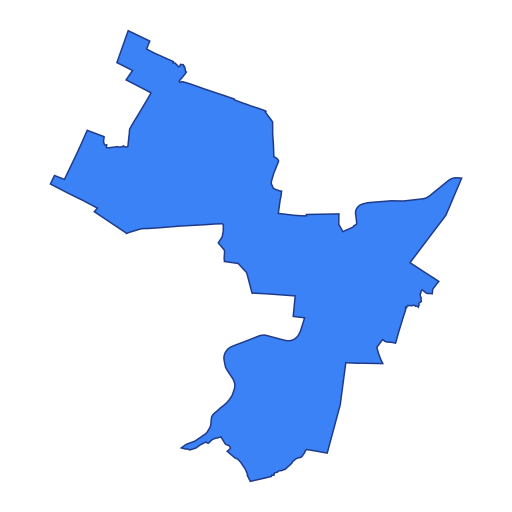 Cogealac, Constanta, Romania
{"feature_id": "2599482B50203536689618", "entity_name": "Cogealac", "entity_type": "district", "adm_level": 2, "iso_a3": "ROU", "parent_name": "Romania", "parent_adm1": "Constanta", "projection": "natural_earth1", "projection_center": [28.518, 44.563], "detail": "fine", "context": "isolated", "style": "filled", "palette": "blue", "viewbox_px": 512, "rotation_deg": 0, "n_neighbors": 0, "source": "geoboundaries", "source_scale": "gbopen_adm2", "svg_char_len": 5930}
<svg xmlns="http://www.w3.org/2000/svg" viewBox="0 0 512 512"><path d="M453.9,196.3L459.3,183.7L461.6,178.1L457.5,177.8L456.4,177.8L455.5,177.8L454.7,177.9L452.9,178.2L451.9,178.6L450.5,179.2L449.3,179.9L447.2,181.5L428.9,196.4L427.9,197.0L426.7,197.6L425.7,198.1L424.3,198.5L422.0,198.9L404.5,200.9L402.8,201.0L391.1,200.8L370.1,202.5L368.2,202.7L366.7,203.0L364.3,203.5L362.4,204.1L361.1,204.6L360.2,205.0L359.3,205.6L358.5,206.3L357.9,206.9L357.1,207.9L356.4,209.0L356.1,209.8L355.7,210.7L355.6,211.7L355.5,213.1L356.1,218.0L356.6,221.9L356.6,222.9L356.4,224.6L356.0,224.8L353.8,225.7L353.7,225.8L353.3,227.0L342.8,231.6L338.8,224.3L338.9,213.9L306.4,214.5L306.4,215.8L305.9,215.9L299.9,215.7L294.2,215.3L278.3,213.4L280.3,198.9L280.6,198.2L280.8,197.1L281.6,191.1L280.0,191.0L279.6,190.9L274.7,189.1L273.9,188.6L273.4,188.1L272.9,187.3L271.3,183.7L271.3,183.1L271.3,182.2L271.4,181.5L273.8,173.2L278.3,162.0L278.5,161.1L278.5,160.5L277.6,159.2L276.0,157.8L275.0,157.2L273.9,157.0L273.3,142.0L273.2,141.6L272.7,133.7L272.6,121.9L270.2,118.5L267.6,115.2L265.4,112.1L265.2,111.6L265.9,111.2L265.6,110.9L260.3,109.0L250.6,105.8L246.3,104.2L242.5,102.9L236.6,100.7L235.3,100.2L234.2,99.6L234.0,99.2L234.0,98.8L233.9,98.7L233.1,98.6L230.2,97.6L207.6,90.0L203.4,88.6L191.0,84.2L187.9,83.2L183.1,81.8L182.4,81.7L181.5,81.7L180.8,82.3L179.9,82.4L179.2,81.6L179.2,81.3L179.3,81.0L180.9,79.0L184.5,74.7L186.4,72.0L185.8,71.7L185.4,70.9L185.4,70.5L185.3,70.0L185.2,69.4L185.0,68.6L185.0,68.0L184.4,67.4L184.3,66.9L184.5,66.3L184.5,66.2L183.6,65.9L183.5,65.6L183.2,64.7L182.7,64.5L181.8,64.6L181.1,64.5L180.8,64.4L180.4,64.4L179.9,66.2L179.1,66.7L178.7,66.8L178.2,66.6L177.2,65.1L176.2,64.3L175.3,63.2L173.1,62.9L173.4,61.6L168.4,59.4L154.8,53.3L146.6,49.1L148.0,45.4L149.4,42.1L149.8,41.3L149.8,41.1L128.2,30.7L116.9,62.6L132.5,70.5L126.1,79.9L141.8,88.0L142.5,88.3L142.7,88.6L143.2,88.7L146.8,90.6L148.0,91.3L150.5,92.5L150.8,92.7L150.9,92.9L150.9,93.1L146.2,101.3L135.4,119.3L134.8,120.2L133.5,122.3L129.8,128.8L129.6,129.4L129.4,131.3L129.3,133.7L128.8,137.4L127.9,146.4L126.7,147.0L126.0,147.1L125.2,146.9L123.6,146.0L123.3,145.9L122.9,146.5L122.7,146.8L121.3,146.8L119.6,147.2L117.2,146.6L114.1,147.2L112.9,147.2L107.9,147.9L107.4,147.9L106.5,147.7L106.3,147.4L106.4,146.7L106.7,145.2L106.7,144.8L105.5,145.1L105.0,144.9L104.3,144.2L103.7,142.4L103.6,141.6L103.7,139.7L104.1,137.4L104.1,136.7L87.2,130.3L82.3,141.6L77.3,152.5L70.0,167.8L64.4,179.4L54.5,175.5L53.5,177.5L50.4,184.0L68.1,193.2L83.0,200.5L97.4,208.1L94.3,211.7L126.3,233.1L126.5,233.5L129.6,232.2L130.2,232.1L140.7,228.9L142.5,228.7L145.3,228.5L146.5,228.6L158.8,227.8L177.1,226.3L177.9,226.2L206.7,224.6L214.4,224.0L220.3,223.8L221.8,223.8L222.2,223.6L222.7,224.1L223.0,224.5L223.2,225.0L223.3,225.5L223.3,230.6L223.2,231.5L222.1,236.9L222.0,237.2L218.3,242.8L219.0,243.8L224.3,250.0L224.5,250.9L224.5,251.4L224.5,253.0L224.1,259.4L224.3,259.8L224.5,260.3L224.6,260.6L224.5,261.2L224.4,261.5L225.3,261.6L238.2,263.5L244.4,270.2L246.2,272.1L246.5,272.6L247.0,273.9L252.0,292.9L252.3,293.3L253.1,293.1L256.8,293.3L269.3,294.0L295.2,295.9L293.2,316.4L304.6,317.8L302.1,325.9L300.5,330.9L299.7,332.7L298.8,334.5L297.9,335.9L296.6,337.3L295.4,338.4L293.9,339.4L292.3,340.1L290.4,340.6L288.7,340.8L287.7,340.8L285.0,340.4L265.6,335.2L262.9,335.1L261.4,335.3L259.6,335.7L247.7,340.4L234.0,345.6L230.8,347.0L229.5,347.8L228.1,348.9L227.1,349.9L226.1,351.2L225.2,352.7L224.8,353.6L224.1,355.7L223.9,358.0L224.0,359.1L224.3,361.3L225.2,365.7L225.4,366.8L225.9,367.8L227.0,370.0L232.9,378.9L233.5,380.1L234.0,381.2L234.4,382.6L234.7,383.7L234.8,384.7L234.8,386.3L234.8,387.0L234.6,387.9L234.3,389.2L232.3,395.0L231.5,396.4L229.9,398.8L227.4,402.0L226.4,403.0L224.4,404.8L221.8,406.9L220.2,408.1L218.8,409.5L214.4,413.2L213.1,414.5L212.8,414.9L212.2,415.9L211.9,416.4L211.6,417.2L211.4,418.2L210.9,424.0L210.7,425.4L210.4,426.2L209.9,427.4L208.5,429.9L207.7,431.2L207.3,431.9L205.9,433.5L205.3,434.0L202.8,435.7L198.1,439.0L195.0,441.0L194.6,441.2L193.1,441.8L187.8,443.7L186.4,444.3L185.3,445.0L181.3,447.9L185.3,449.0L186.3,449.1L187.0,448.8L187.3,448.9L189.7,449.9L190.4,449.8L192.1,449.2L194.0,448.7L195.6,448.1L196.5,447.6L199.9,445.1L203.5,443.2L205.5,442.1L206.0,442.2L207.4,443.0L208.1,443.2L208.4,443.2L211.9,439.9L212.9,439.2L215.9,438.2L217.5,437.9L220.5,437.1L221.0,436.9L221.1,437.2L225.5,444.2L229.6,446.0L230.5,448.4L227.2,451.3L234.9,457.9L235.0,457.8L237.6,459.0L240.7,462.3L245.4,469.3L247.7,475.0L247.3,475.3L247.9,476.6L248.2,477.1L250.3,481.3L250.6,481.2L250.7,481.3L271.3,476.5L271.7,475.1L273.9,475.3L274.0,474.8L274.0,474.4L274.2,474.0L274.1,473.7L274.4,473.4L274.5,473.2L274.6,472.8L275.3,472.6L276.1,472.5L277.4,472.1L278.7,471.0L279.4,470.7L281.1,470.7L283.0,470.1L283.8,469.5L284.1,469.4L285.0,469.5L291.9,463.1L292.1,462.1L295.1,459.5L296.4,458.6L298.4,457.8L300.4,457.5L300.9,457.4L301.2,456.8L302.5,456.0L303.0,454.8L303.6,454.1L304.0,453.4L304.6,452.9L305.2,450.8L306.3,449.9L306.5,449.5L317.3,451.3L327.2,453.1L340.2,404.9L340.3,404.1L345.8,362.7L358.6,363.3L359.1,363.3L359.4,363.2L361.9,363.2L382.8,363.6L382.6,363.0L381.7,361.4L380.6,359.0L378.7,354.0L376.8,347.4L382.6,339.5L384.7,341.2L385.8,341.7L386.4,341.9L388.7,342.1L392.0,342.4L394.1,342.8L395.5,343.2L395.8,342.4L396.8,338.7L399.2,330.3L403.0,317.9L405.4,310.5L405.6,309.6L405.7,308.6L405.5,307.4L406.2,307.3L406.5,307.7L406.8,307.4L406.4,306.7L408.0,305.4L408.5,305.7L410.7,305.6L412.4,305.7L412.9,305.3L413.5,305.1L414.6,305.3L414.9,305.6L415.3,306.3L416.3,306.1L417.3,306.3L418.3,307.2L419.1,304.8L418.7,303.9L418.9,303.1L420.8,302.0L420.9,301.6L421.3,301.3L421.0,299.6L421.2,298.1L420.3,295.8L420.2,293.7L420.7,293.2L420.9,292.5L421.0,291.6L421.4,290.8L422.2,289.9L423.7,291.0L424.5,291.7L426.8,293.4L432.3,293.7L432.7,289.2L436.3,284.5L438.8,281.4L421.8,270.4L410.0,262.7L432.5,232.9L445.7,215.5L449.7,206.4L453.9,196.3Z" fill="#3b82f6" stroke="#1e3a8a" stroke-width="1.5"/></svg>